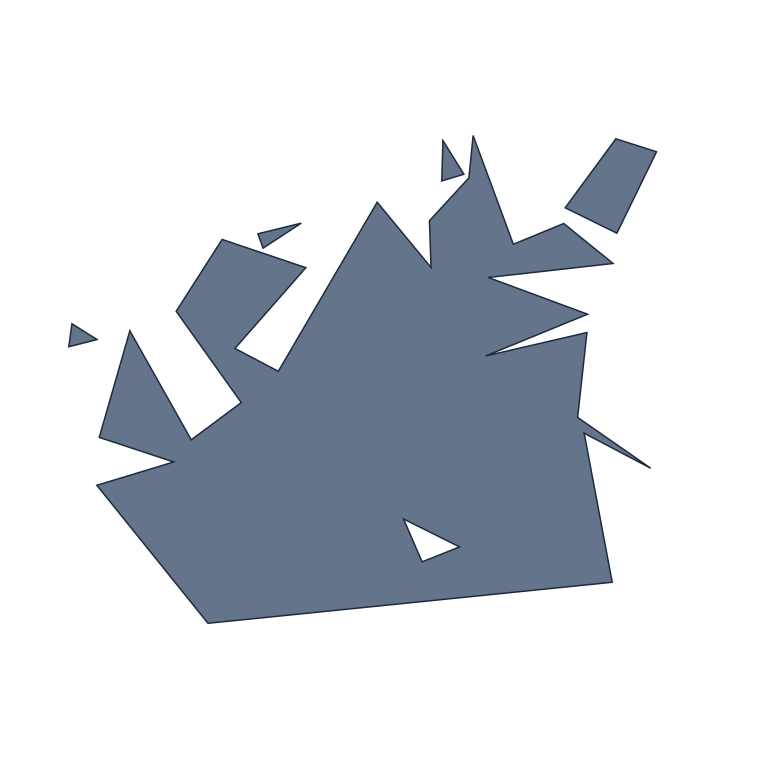 the border of South Jeolla, rotated 171°
{"feature_id": "KOR-2506", "entity_name": "South Jeolla", "entity_type": "Metropolitan City", "adm_level": 1, "iso_a3": "KOR", "parent_name": "South Korea", "parent_adm1": "", "projection": "albers", "projection_center": [126.652, 34.734], "detail": "coarse", "context": "isolated", "style": "filled", "palette": "slate", "viewbox_px": 768, "rotation_deg": 171, "n_neighbors": 0, "source": "natural_earth", "source_scale": "10m", "svg_char_len": 775}
<svg xmlns="http://www.w3.org/2000/svg" viewBox="0 0 768 768"><g transform="rotate(171 384 384)"><path d="M683.5,328.9L604.0,339.9L673.6,375.8L626.7,476.3L583.1,359.0L527.9,388.0L577.9,488.3L521.3,552.1L443.0,511.1L525.7,442.4L486.4,413.1L362.3,564.6L319.3,491.7L313.6,538.1L267.9,574.3L257.1,615.5L234.4,501.8L181.4,514.4L138.9,467.2L264.4,472.9L172.1,421.1L279.2,395.8L175.5,403.1L198.0,320.7L133.7,259.0L194.0,304.1L189.6,152.5L595.3,175.2L683.5,328.9ZM385.8,247.6L374.2,202.4L334.9,211.3L385.8,247.6ZM177.5,529.7L116.6,589.9L78.5,570.7L130.4,496.5L177.5,529.7ZM295.2,575.5L287.7,615.2L272.3,578.7L295.2,575.5ZM440.6,555.8L482.2,537.1L485.0,552.1L440.6,555.8ZM660.5,472.8L689.5,470.1L682.8,492.3L660.5,472.8Z" fill="#64748b" stroke="#1e293b" stroke-width="1.5"/></g></svg>